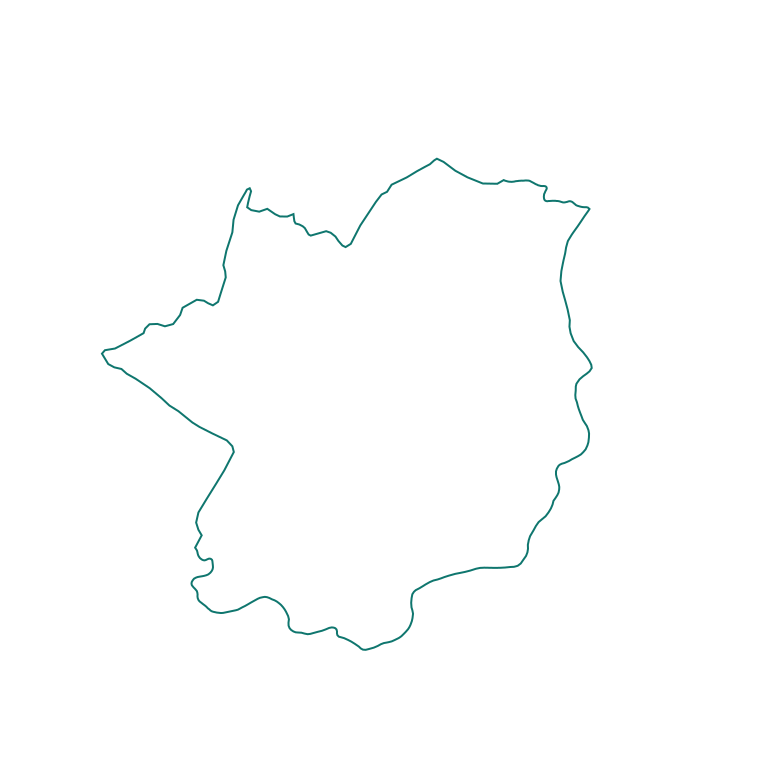 the district of Los Cerrillos, Canelones, Uruguay, rotated 244°
{"feature_id": "84410073B16408849158575", "entity_name": "Los Cerrillos", "entity_type": "district", "adm_level": 2, "iso_a3": "URY", "parent_name": "Uruguay", "parent_adm1": "Canelones", "projection": "natural_earth1", "projection_center": [-56.396, -34.629], "detail": "fine", "context": "isolated", "style": "outline", "palette": "teal", "viewbox_px": 768, "rotation_deg": 244, "n_neighbors": 0, "source": "geoboundaries", "source_scale": "gbopen_adm2", "svg_char_len": 6034}
<svg xmlns="http://www.w3.org/2000/svg" viewBox="0 0 768 768"><g transform="rotate(244 384 384)"><path d="M514.8,581.0L514.3,573.6L520.9,560.7L533.2,549.6L544.4,541.6L557.5,534.9L563.3,530.3L563.0,527.2L561.4,521.6L561.2,515.5L560.8,506.9L559.7,494.9L559.8,478.2L555.4,471.0L555.4,464.9L551.2,456.5L536.9,432.2L527.2,419.2L524.5,415.6L523.9,409.5L526.7,407.3L532.7,405.7L537.8,405.0L543.3,402.4L546.7,399.0L547.9,392.2L549.5,383.2L551.4,381.8L554.5,381.5L558.8,381.2L561.4,380.1L564.5,377.8L567.0,374.9L569.6,374.8L573.3,376.0L576.4,377.1L576.9,370.5L580.2,363.9L584.3,360.6L592.6,355.9L593.6,347.4L598.5,340.9L602.8,338.5L606.4,341.2L611.6,345.5L615.5,349.0L618.8,349.1L618.8,346.0L617.1,343.7L615.0,340.5L608.6,331.1L597.6,320.8L586.8,314.2L572.8,300.7L561.2,291.7L554.8,290.6L549.2,288.5L537.1,277.0L530.6,270.9L529.7,264.7L533.7,261.3L537.8,258.7L541.8,252.6L540.8,236.4L535.4,231.0L530.3,220.8L531.9,212.4L537.3,206.7L540.5,199.4L538.5,193.6L535.1,190.2L534.2,175.2L533.8,157.8L536.7,148.0L534.9,143.8L522.8,144.9L517.2,148.9L512.6,154.6L506.0,157.3L497.4,163.2L482.9,171.6L468.9,177.8L458.7,181.7L449.7,187.3L433.4,194.9L426.2,199.4L414.7,208.1L402.2,218.0L394.5,220.4L388.7,219.2L376.4,202.6L368.1,189.6L358.5,174.3L349.9,160.9L341.8,154.4L334.4,153.3L327.9,153.8L319.7,142.5L318.1,142.7L316.3,142.9L314.3,142.5L313.3,142.2L312.2,142.0L311.1,141.9L309.8,142.0L308.1,142.3L306.9,142.9L305.8,143.5L304.9,144.3L304.2,145.3L303.9,146.6L303.9,148.3L303.8,149.9L303.4,150.9L302.7,151.7L301.5,152.3L300.3,152.2L298.6,151.6L296.9,151.0L295.3,150.4L294.0,149.8L292.5,148.6L291.4,147.1L290.5,145.2L289.9,142.7L290.0,140.5L290.4,138.3L290.9,136.4L291.5,134.4L292.2,131.9L292.4,130.1L292.3,127.9L291.4,126.0L290.2,124.3L288.8,123.4L287.3,123.1L285.9,123.4L284.6,123.7L282.9,124.3L281.3,124.7L280.0,125.0L278.5,124.8L276.6,124.2L275.0,123.3L273.2,122.7L271.8,122.6L270.8,122.6L269.3,123.0L267.3,124.0L265.4,124.9L263.5,125.9L261.7,126.7L259.5,127.4L258.0,128.2L256.6,128.7L255.3,129.5L255.1,129.7L254.1,130.7L253.0,132.1L251.8,133.6L250.8,135.2L249.7,136.9L248.8,139.0L245.6,151.6L245.2,153.8L245.3,156.6L245.4,158.7L245.4,161.8L245.6,165.0L245.9,168.9L246.1,172.6L246.3,176.3L246.2,178.8L245.5,181.7L244.9,183.6L243.7,185.4L242.0,187.1L239.5,189.0L237.6,190.8L235.3,192.4L232.9,193.6L230.6,194.6L227.7,195.4L224.9,195.9L222.2,196.1L219.9,196.1L217.5,196.1L214.2,195.4L211.3,193.5L208.6,192.3L206.0,192.1L203.7,192.7L201.3,194.1L199.5,195.8L198.2,198.0L196.7,200.7L194.5,203.2L192.6,205.7L191.7,208.3L191.0,212.1L190.3,215.8L189.4,220.0L189.0,223.9L188.8,227.8L188.1,230.4L187.0,232.1L185.8,233.2L184.2,233.7L182.2,233.3L180.5,232.4L178.6,232.0L176.6,232.7L174.9,234.7L173.0,236.8L169.6,239.6L166.9,241.6L163.4,243.8L159.0,246.3L156.5,247.2L154.5,248.6L153.1,251.0L152.4,254.3L151.5,259.3L151.3,263.6L151.5,267.2L151.2,270.4L150.5,272.8L149.9,275.1L149.3,278.1L149.2,281.3L149.2,284.0L149.2,285.5L149.3,286.8L149.7,289.1L150.8,292.4L151.7,294.9L153.1,298.2L154.4,300.3L155.9,302.2L158.7,305.1L161.1,307.0L164.8,309.4L168.2,310.3L171.2,310.8L172.9,311.5L175.4,312.5L179.4,314.9L182.6,317.3L184.1,319.8L184.8,322.1L184.9,326.3L185.3,330.7L185.6,333.3L185.9,338.3L185.7,342.3L184.8,346.5L184.3,350.3L184.0,353.6L183.3,358.4L182.1,364.9L180.8,369.7L179.6,374.4L178.5,379.7L177.6,385.8L176.6,389.7L174.9,393.7L172.8,397.8L170.0,403.3L167.9,407.8L166.0,412.3L164.2,417.2L162.7,420.7L162.3,422.7L162.0,424.5L162.7,428.2L164.9,432.1L167.2,436.3L169.8,439.1L172.8,441.2L176.4,442.8L179.3,445.0L179.9,445.4L183.2,448.6L186.9,454.2L189.8,458.3L192.1,462.4L193.1,466.4L194.3,471.3L196.6,475.8L199.0,479.5L201.8,482.7L204.7,485.1L206.1,487.7L208.0,490.9L209.9,493.3L212.4,495.2L214.6,496.4L217.1,497.1L220.9,497.7L224.5,498.2L227.2,498.9L230.1,500.3L232.1,502.2L233.9,504.9L234.4,506.5L234.4,508.9L233.9,511.6L233.8,513.7L233.7,516.6L234.0,520.0L234.0,523.5L234.1,527.1L234.4,530.2L235.4,533.2L236.9,536.6L239.6,539.9L242.1,542.2L246.0,544.7L249.6,546.6L252.8,547.5L257.2,547.9L261.1,547.4L264.6,547.0L268.6,547.4L272.3,547.7L276.2,548.1L279.4,548.6L283.0,549.4L286.9,549.8L290.2,551.1L294.0,553.4L297.7,555.3L299.9,557.1L302.5,561.8L303.7,566.4L304.4,570.6L305.3,574.3L307.3,577.7L310.4,578.7L314.6,578.7L318.9,578.2L325.1,576.9L332.1,574.7L339.4,573.3L347.8,574.0L354.2,575.8L359.9,579.0L370.5,581.7L379.7,583.5L388.6,585.1L399.2,587.8L407.7,592.9L413.8,597.5L416.5,599.6L421.9,604.0L425.0,606.2L426.6,607.3L427.1,607.7L431.2,611.3L432.0,612.1L435.9,618.2L437.2,620.5L439.8,625.3L440.7,627.0L443.5,631.9L446.9,637.7L450.1,643.6L451.2,645.4L453.2,644.6L454.2,643.4L454.5,642.8L454.8,642.1L455.3,641.2L455.8,640.3L456.3,639.6L456.9,638.8L457.4,638.2L458.0,637.5L458.6,636.9L459.1,636.3L459.6,635.8L460.1,635.4L460.6,635.0L461.3,634.7L462.1,634.4L462.6,634.1L463.2,633.9L463.8,633.6L464.5,633.3L465.1,633.0L465.6,632.6L466.1,632.1L466.6,631.5L466.9,631.0L467.1,630.4L467.3,629.6L467.3,629.1L467.4,628.5L467.6,627.7L467.8,626.8L468.0,626.0L468.4,625.1L468.8,624.4L469.3,623.9L469.8,623.3L470.4,622.7L470.9,622.2L471.5,621.5L472.0,620.8L472.4,620.2L472.8,619.4L473.4,618.5L473.8,617.9L474.0,617.3L474.5,616.3L474.9,615.5L475.3,614.5L475.6,613.8L475.9,613.0L476.3,612.2L476.5,611.4L476.9,610.6L477.3,610.0L477.5,609.8L477.9,609.5L478.6,609.1L479.4,609.0L480.3,609.1L481.0,609.3L481.8,609.6L482.7,610.0L483.4,610.5L483.9,610.8L484.1,610.9L484.7,611.4L485.2,612.1L485.8,612.8L486.4,613.4L486.7,613.9L487.2,614.6L487.8,615.4L488.3,615.9L489.0,616.2L489.7,616.3L490.4,616.1L490.9,615.8L491.6,614.9L492.1,614.0L492.6,612.9L493.2,611.8L494.2,610.7L495.0,609.7L496.1,608.9L497.2,607.9L498.1,607.3L499.3,606.5L500.2,605.8L501.3,605.0L502.0,604.5L502.7,604.0L502.8,603.9L503.2,603.4L503.7,602.7L504.2,601.7L504.7,600.9L505.1,599.9L505.4,599.0L505.7,598.3L506.0,597.6L506.3,597.1L506.4,596.9L506.7,596.2L507.0,595.4L507.4,594.6L507.7,593.5L508.1,592.4L508.5,591.4L508.7,590.5L508.9,589.6L509.2,588.8L509.5,588.0L509.8,587.2L510.4,586.2L510.9,585.3L511.5,584.4L512.1,583.7L512.9,582.8L513.7,581.9L514.8,581.0Z" fill="none" stroke="#0f766e" stroke-width="2"/></g></svg>